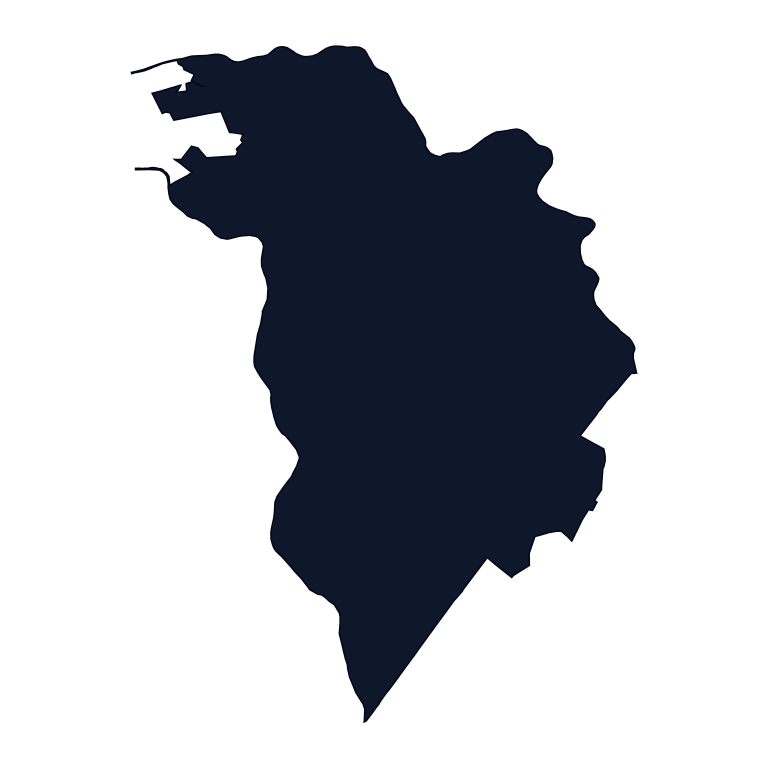 Ceraukstes pag., Bauska, Latvia (Mercator projection)
{"feature_id": "27541924B26132540947548", "entity_name": "Ceraukstes pag.", "entity_type": "district", "adm_level": 2, "iso_a3": "LVA", "parent_name": "Latvia", "parent_adm1": "Bauska", "projection": "mercator", "projection_center": [24.276, 56.363], "detail": "fine", "context": "isolated", "style": "filled", "palette": "ink", "viewbox_px": 768, "rotation_deg": 0, "n_neighbors": 0, "source": "geoboundaries", "source_scale": "gbopen_adm2", "svg_char_len": 5967}
<svg xmlns="http://www.w3.org/2000/svg" viewBox="0 0 768 768"><path d="M131.4,72.4L131.9,73.7L133.4,73.1L141.8,71.4L144.6,70.7L149.9,68.7L154.0,66.9L155.2,66.6L157.9,65.5L162.2,63.7L168.7,62.1L173.1,61.1L175.8,60.6L177.3,60.6L178.3,63.8L182.9,66.4L184.1,69.3L184.0,69.6L194.3,74.4L191.4,80.5L191.9,80.9L192.9,81.7L194.0,82.3L195.1,82.9L196.3,83.4L201.2,85.5L202.0,85.8L202.9,86.0L203.7,86.1L203.7,86.4L202.6,86.3L202.1,86.2L201.5,86.0L201.0,85.8L196.3,83.7L195.1,83.2L193.8,82.6L193.2,82.2L192.4,81.7L186.1,83.6L186.7,91.1L176.7,92.4L179.6,87.5L180.5,85.9L180.9,85.2L180.2,85.2L175.0,86.8L173.8,87.2L169.7,88.3L168.2,88.8L166.3,89.4L163.9,90.1L162.1,90.6L161.9,90.8L152.1,93.3L162.3,113.5L165.5,112.1L169.9,112.7L173.8,120.2L210.0,113.2L221.0,111.5L229.5,132.4L233.5,132.8L235.9,133.1L238.0,133.5L241.4,134.0L242.7,134.7L240.8,140.1L242.8,142.6L236.6,148.8L236.4,148.9L237.5,151.5L235.9,155.9L206.5,157.8L199.7,150.1L198.1,148.0L191.5,146.2L182.8,157.5L181.3,159.5L176.8,159.5L174.6,159.4L175.9,160.4L177.3,161.2L179.0,162.4L181.6,164.4L186.3,168.2L192.0,172.7L189.1,174.3L187.9,175.3L175.0,182.1L169.8,185.4L169.5,182.3L169.0,176.6L168.4,175.6L166.6,172.9L165.1,171.9L164.3,171.2L163.6,170.5L162.8,169.7L161.4,169.0L160.7,168.7L159.2,168.7L157.7,168.3L156.2,167.9L155.9,167.8L154.7,167.8L153.3,167.5L152.5,167.6L152.0,167.6L151.4,167.7L150.8,167.7L149.9,167.8L149.6,168.1L148.1,168.2L147.7,168.2L146.7,168.3L145.6,168.5L145.1,168.2L144.2,168.2L143.3,168.5L139.7,168.3L139.3,168.2L136.4,168.3L135.6,168.3L135.5,169.7L139.4,169.7L149.4,169.5L155.9,169.8L159.4,170.1L163.2,172.0L165.7,174.8L167.0,176.7L168.2,183.0L168.2,187.9L169.0,194.2L170.2,199.3L173.4,203.8L179.2,208.7L183.4,211.9L187.6,216.0L192.3,218.1L195.2,218.6L197.0,219.2L204.8,223.6L207.0,225.5L208.6,226.8L210.2,227.8L214.9,234.4L220.4,237.9L226.9,239.1L229.3,238.8L238.2,236.5L241.9,235.8L250.0,235.3L255.5,236.3L258.3,237.5L262.1,242.0L263.6,246.3L261.6,258.2L261.5,262.0L261.7,266.3L264.2,274.1L265.7,277.4L266.4,280.0L268.0,288.2L267.3,299.6L263.9,307.8L262.3,311.8L262.5,313.3L260.7,323.9L257.6,334.4L254.2,355.6L254.0,361.9L254.7,366.5L257.9,372.5L261.6,378.3L266.8,385.4L270.1,389.9L271.2,394.5L270.8,397.5L270.9,401.4L271.8,407.6L274.1,417.3L276.7,425.4L279.1,429.4L282.1,433.5L285.1,435.4L289.8,440.8L296.6,449.7L299.6,457.7L296.7,466.2L293.3,472.5L291.5,476.6L286.4,483.2L283.7,486.8L280.5,491.4L277.1,496.4L276.3,498.6L275.0,502.1L274.4,512.6L273.8,517.8L273.0,521.6L271.5,528.4L270.9,532.8L271.0,538.8L272.5,544.5L273.8,547.9L275.8,550.9L278.8,553.9L281.3,556.1L290.9,566.8L292.3,568.6L294.4,571.2L301.5,578.7L304.9,583.2L307.9,586.9L309.7,589.6L317.5,594.1L321.9,595.0L325.4,597.6L329.1,601.1L334.5,604.9L339.4,613.2L340.1,616.8L340.1,623.2L339.3,633.9L341.5,642.3L343.5,650.9L345.5,659.1L347.2,663.9L347.8,669.0L349.4,676.6L355.9,692.6L363.2,704.3L364.8,709.1L364.4,719.4L364.1,721.9L366.1,721.1L372.2,713.1L374.4,710.0L375.9,707.9L378.5,704.7L380.1,701.9L381.1,700.2L385.5,694.1L388.9,689.9L392.9,684.6L395.7,680.8L405.9,666.7L414.7,654.8L418.9,648.8L423.4,642.7L424.3,641.4L437.3,623.5L445.1,612.9L453.8,600.9L454.7,599.9L456.9,597.5L462.6,590.9L463.0,589.7L472.0,577.8L480.5,566.5L487.3,557.6L493.4,562.8L494.4,563.7L511.6,577.4L511.7,577.5L513.7,575.3L519.8,571.4L529.4,565.4L529.2,556.6L529.2,553.4L534.9,536.5L538.5,535.6L547.4,533.0L549.6,532.4L556.4,531.3L556.7,531.2L560.7,531.2L560.9,530.9L567.5,536.6L571.8,541.1L582.2,519.8L584.0,516.9L588.0,510.5L588.2,510.2L588.9,509.9L589.5,509.8L592.3,510.5L592.5,510.4L592.8,510.0L593.2,509.4L595.0,505.9L596.4,503.1L597.1,502.3L594.6,500.4L601.5,489.7L601.5,488.4L601.6,485.1L602.9,468.4L603.8,466.8L605.1,461.2L605.2,456.5L604.7,453.4L603.8,448.9L591.9,442.5L587.8,440.2L584.2,438.2L580.0,435.8L582.0,433.4L588.8,424.5L592.5,419.9L596.8,414.2L598.3,411.7L600.5,409.5L607.2,400.3L609.5,398.1L611.9,395.6L616.6,390.7L627.2,377.8L631.1,373.6L631.9,373.0L632.1,373.1L632.4,373.2L633.1,373.4L633.8,373.3L634.4,373.4L634.9,373.3L635.3,372.9L636.6,373.1L633.3,358.6L633.3,353.5L634.8,349.1L634.3,346.3L631.9,341.7L629.3,338.1L625.8,335.5L620.5,331.3L617.2,327.2L612.9,323.6L609.3,320.7L604.8,315.9L600.3,310.2L596.1,305.5L593.9,299.7L593.4,295.5L593.7,291.6L595.1,288.3L596.6,285.4L598.1,281.9L598.8,278.6L598.0,276.7L595.4,272.4L592.7,269.8L589.4,267.7L586.1,266.3L583.9,264.4L581.7,259.5L580.3,253.4L580.0,245.5L581.9,240.0L584.5,236.9L588.5,234.3L592.4,230.0L594.6,226.7L595.0,224.1L594.1,222.3L592.1,220.2L590.2,219.0L587.5,218.2L583.1,217.6L578.2,217.0L573.7,215.6L570.2,214.0L565.8,211.8L560.8,210.5L555.5,208.7L549.1,205.9L542.6,201.4L539.1,197.6L536.9,194.0L536.4,191.4L536.8,188.6L538.1,184.5L541.0,179.2L543.9,175.0L547.0,171.1L550.6,166.6L552.0,163.7L552.6,158.4L551.9,154.0L550.7,150.6L548.4,148.6L546.5,147.4L542.8,146.3L540.0,145.6L537.7,144.5L534.4,141.4L532.0,138.8L526.9,133.6L522.5,130.8L519.2,129.5L516.6,129.1L512.8,129.5L506.4,130.7L502.4,131.3L496.5,132.0L492.3,133.8L485.0,138.1L481.1,141.1L470.4,149.4L466.5,151.1L459.9,153.2L452.5,153.0L448.0,153.4L442.1,155.4L441.0,156.6L438.3,156.4L434.6,155.3L429.9,152.8L427.4,149.2L425.6,146.3L425.5,144.8L425.6,142.0L425.1,138.9L422.1,133.3L419.5,128.7L416.7,123.6L413.6,117.8L411.7,115.8L408.8,112.7L405.0,108.0L403.0,105.7L401.0,102.4L399.1,98.1L397.0,93.8L394.2,86.9L390.3,78.1L387.5,73.8L385.7,72.9L380.8,70.6L378.4,69.6L376.5,68.5L374.3,66.5L372.9,64.3L371.0,60.7L368.1,56.1L366.9,53.5L364.7,50.2L361.1,48.0L358.6,47.1L353.0,46.9L350.6,47.2L347.0,47.4L342.1,46.4L334.9,46.1L330.2,46.9L326.0,48.5L321.7,51.3L317.5,54.1L312.4,56.0L307.3,56.6L304.4,56.6L301.7,56.0L296.8,54.0L291.4,50.3L287.0,47.6L282.8,46.7L278.8,47.1L275.6,48.4L273.9,49.7L267.9,54.8L262.5,56.3L257.6,56.8L251.5,58.2L243.1,61.2L238.2,62.1L234.2,61.6L230.9,60.0L226.7,56.9L223.8,55.5L218.6,54.3L214.1,54.4L206.3,55.5L200.5,55.7L191.8,56.1L188.6,56.9L182.1,58.7L176.4,59.4L170.2,60.7L163.5,62.4L156.7,64.7L151.7,66.5L143.4,69.5L136.2,71.4L131.4,72.4Z" fill="#0f172a" stroke="#020617" stroke-width="1.5"/></svg>